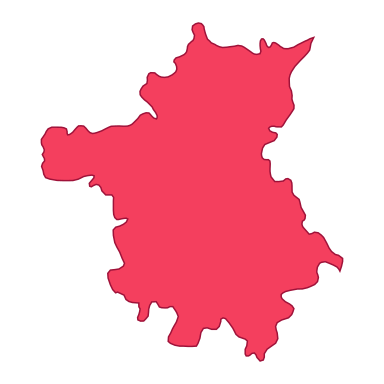 outline of Orsha, Vitebsk, Belarus
{"feature_id": "67162791B52368794321360", "entity_name": "Orsha", "entity_type": "district", "adm_level": 2, "iso_a3": "BLR", "parent_name": "Belarus", "parent_adm1": "Vitebsk", "projection": "albers", "projection_center": [30.362, 54.544], "detail": "fine", "context": "isolated", "style": "filled", "palette": "rose", "viewbox_px": 384, "rotation_deg": 0, "n_neighbors": 0, "source": "geoboundaries", "source_scale": "gbopen_adm2", "svg_char_len": 5255}
<svg xmlns="http://www.w3.org/2000/svg" viewBox="0 0 384 384"><path d="M339.9,271.1L341.5,266.3L342.6,261.4L342.6,258.4L338.5,255.3L335.3,254.5L331.5,251.5L329.1,248.1L326.7,243.1L323.6,237.5L321.3,235.1L318.2,232.8L314.4,232.2L312.1,233.5L309.2,234.2L307.1,231.8L303.9,228.2L302.6,226.5L301.9,224.1L302.4,221.2L304.2,220.0L305.0,218.6L305.4,215.2L302.8,210.5L301.1,207.5L299.9,202.2L299.1,199.4L296.3,197.2L293.9,195.3L292.1,192.1L292.0,188.0L292.0,185.9L291.8,182.9L290.8,180.3L287.9,178.6L285.8,178.9L283.3,181.0L278.6,181.6L274.7,181.5L271.0,176.8L270.4,174.1L270.0,171.4L270.0,168.8L270.2,163.8L269.9,161.0L268.4,159.7L266.5,159.7L264.1,159.5L262.3,157.9L261.6,155.7L261.4,153.7L262.0,150.7L262.6,148.0L264.8,144.5L270.5,142.1L274.2,140.6L276.9,137.1L277.2,134.4L275.8,132.9L272.6,132.3L269.8,130.8L268.6,128.3L270.0,126.9L271.6,126.3L274.1,126.2L276.2,126.8L281.4,126.9L283.2,125.0L286.3,119.8L288.2,117.2L290.1,114.6L292.6,110.8L293.9,108.7L294.0,105.2L292.8,102.1L291.9,99.0L292.1,95.5L291.4,91.0L289.5,86.6L289.3,82.6L289.2,78.4L290.0,75.0L291.4,71.8L294.9,66.4L300.2,60.6L304.3,56.5L307.4,53.1L309.6,50.2L310.2,47.4L310.9,43.4L313.7,37.5L310.1,38.7L307.2,40.3L305.4,41.0L302.6,42.4L300.2,43.6L298.1,44.6L293.8,47.2L290.3,48.1L288.2,48.7L285.9,48.7L283.6,48.5L282.3,47.6L280.3,46.5L279.1,45.4L277.4,44.2L275.6,43.0L273.8,42.5L272.4,42.9L271.3,45.3L270.2,46.9L268.8,47.5L267.4,46.5L266.6,45.3L266.1,43.7L265.3,42.0L264.2,39.9L263.0,38.8L261.5,39.0L260.4,40.9L260.1,43.4L260.1,45.6L260.4,48.9L260.9,51.2L260.0,53.7L256.8,54.4L254.5,54.1L252.6,53.2L250.6,51.7L247.3,49.4L244.2,47.3L241.7,46.0L239.6,45.7L238.0,45.4L234.6,46.2L230.3,46.7L227.0,47.2L222.6,47.5L219.5,46.8L216.5,45.5L215.0,44.5L211.2,42.8L209.7,41.1L207.5,39.2L206.4,36.4L205.6,34.2L204.9,31.8L204.1,28.6L203.9,26.7L202.7,25.0L201.3,23.6L198.4,23.0L195.4,23.9L192.6,26.0L192.1,29.7L193.2,32.6L194.5,35.2L194.0,38.5L192.9,40.6L191.5,41.5L190.2,42.8L188.5,44.3L187.5,46.6L187.3,48.7L186.6,51.7L185.6,53.2L184.1,54.6L181.9,55.7L179.6,56.8L176.0,57.9L174.2,60.0L173.9,61.9L175.4,63.4L176.6,66.5L176.8,69.2L175.8,71.8L174.2,73.3L172.1,74.9L168.1,76.9L164.5,77.4L161.3,77.1L159.0,76.2L156.6,74.5L154.8,72.9L150.7,72.7L148.9,73.7L147.2,77.3L147.4,80.3L146.9,83.5L143.0,86.1L141.1,89.0L140.0,91.4L140.2,94.8L141.7,97.0L144.4,99.8L147.4,102.1L149.5,104.2L152.2,107.0L153.4,109.5L155.6,112.5L157.2,115.7L157.1,117.7L156.5,118.9L153.8,118.1L152.0,116.4L150.4,114.5L149.0,113.0L146.1,112.8L143.0,113.8L140.3,115.2L137.8,118.6L134.0,122.4L132.2,124.1L130.3,125.2L127.5,126.1L125.3,126.2L122.9,126.2L119.1,126.0L115.3,126.1L111.1,126.3L108.7,127.3L105.6,128.8L101.8,130.8L97.2,132.5L94.7,133.2L92.5,133.5L89.9,132.6L87.9,130.7L85.8,128.1L83.7,126.1L81.1,125.8L78.6,125.9L77.2,127.1L75.1,129.4L72.7,132.3L71.1,133.5L69.4,134.6L67.6,134.8L67.1,133.2L67.1,131.6L66.4,128.9L64.0,127.8L61.3,127.3L55.9,127.2L51.8,127.2L48.2,128.8L46.3,131.4L45.1,134.0L43.4,136.5L42.0,138.5L41.4,139.4L41.4,142.8L41.8,144.8L43.1,146.8L44.3,149.8L43.9,152.0L42.3,154.5L43.2,156.3L44.4,158.5L44.6,160.9L42.6,163.3L41.6,166.4L43.1,170.6L43.8,174.3L45.6,177.6L49.8,179.1L57.1,180.4L64.1,180.6L68.1,180.6L73.0,180.5L78.2,179.2L80.5,178.1L83.7,176.5L87.7,175.6L91.9,175.1L94.1,175.8L93.9,177.8L92.1,180.0L89.3,183.3L89.7,186.2L91.3,186.8L93.5,185.5L96.1,184.4L98.8,185.0L100.8,187.4L101.9,190.9L105.7,194.9L108.7,194.9L111.8,194.9L113.6,197.3L113.4,200.8L113.4,205.5L113.4,210.3L113.7,214.5L114.8,217.6L116.8,219.5L118.6,219.5L121.6,218.8L124.0,218.4L126.3,218.2L127.8,219.0L126.3,222.1L123.4,224.3L119.7,226.1L115.7,227.2L113.2,230.0L113.4,235.4L114.8,242.6L116.8,246.9L119.7,252.1L122.2,258.4L124.5,263.3L123.4,266.1L119.0,269.0L115.0,269.6L110.4,270.1L107.8,273.3L108.1,278.1L110.4,284.8L112.7,289.6L115.6,292.8L117.6,292.1L124.0,295.1L126.0,299.5L128.9,301.5L132.4,302.5L138.8,303.0L138.9,306.8L140.1,308.9L139.6,311.8L138.9,314.4L137.6,317.5L137.9,319.9L140.6,321.1L143.7,321.0L145.7,319.0L148.1,316.1L148.5,312.6L148.7,309.2L149.7,305.4L151.8,301.9L156.2,301.7L157.9,304.3L159.4,307.0L161.6,307.7L165.1,307.9L167.6,307.8L169.9,306.6L172.8,306.6L175.6,310.7L176.7,312.6L178.3,316.5L177.4,319.2L176.3,322.2L174.3,325.6L172.5,328.9L170.8,332.8L168.5,336.9L168.2,341.4L170.4,343.3L174.9,345.2L179.6,346.1L183.1,346.1L188.2,346.4L192.0,346.4L196.4,346.1L198.0,343.3L199.9,338.2L200.9,332.5L203.4,328.4L207.2,327.8L211.6,329.3L216.4,329.3L219.2,326.5L220.8,321.4L220.8,319.2L223.0,317.9L225.5,318.6L229.0,322.7L232.8,328.1L234.1,330.6L236.0,334.4L238.9,336.9L245.2,339.1L247.4,341.0L246.8,345.8L245.2,349.3L245.2,352.1L245.2,354.0L246.2,355.9L248.4,355.9L249.7,355.3L251.9,353.4L254.4,353.0L256.0,354.9L257.0,357.5L258.8,359.5L260.1,361.0L263.3,360.0L264.3,357.1L264.3,353.7L267.1,349.2L270.6,346.7L275.6,343.2L277.8,338.7L277.2,333.0L276.2,329.9L275.6,326.4L277.2,322.6L281.6,320.0L288.5,317.8L291.7,314.6L292.9,311.8L293.9,308.6L292.0,305.8L289.4,303.9L285.3,301.7L282.1,298.8L281.2,296.9L281.2,294.4L283.1,292.8L285.6,291.5L290.3,290.3L297.3,289.0L302.4,288.9L307.4,287.7L310.6,286.4L314.7,284.5L317.5,281.6L318.4,277.5L317.8,275.0L316.8,272.4L316.8,270.9L317.4,267.1L319.6,263.3L321.5,262.3L325.3,261.7L329.1,263.2L333.5,265.1L337.0,267.0L338.9,269.2L339.9,271.1Z" fill="#f43f5e" stroke="#9f1239" stroke-width="1.5"/></svg>